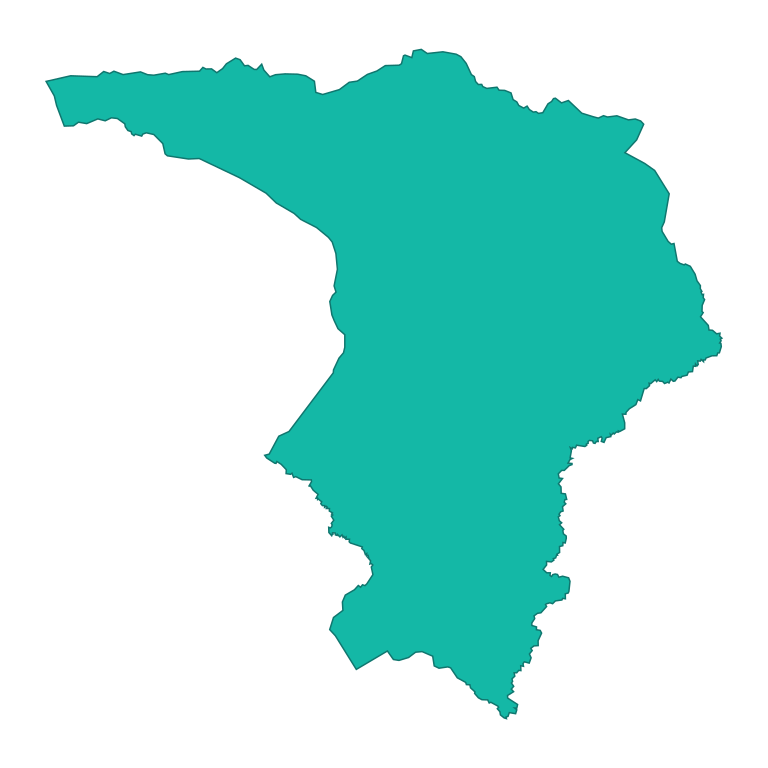 the district of Solwezi, North-Western, Zambia
{"feature_id": "96606910B85168359517007", "entity_name": "Solwezi", "entity_type": "district", "adm_level": 2, "iso_a3": "ZMB", "parent_name": "Zambia", "parent_adm1": "North-Western", "projection": "albers", "projection_center": [26.494, -12.304], "detail": "fine", "context": "isolated", "style": "filled", "palette": "teal", "viewbox_px": 768, "rotation_deg": 0, "n_neighbors": 0, "source": "geoboundaries", "source_scale": "gbopen_adm2", "svg_char_len": 6053}
<svg xmlns="http://www.w3.org/2000/svg" viewBox="0 0 768 768"><path d="M356.3,669.4L387.4,651.0L393.4,659.5L399.0,660.4L408.6,657.5L415.6,652.2L422.1,651.6L432.7,656.2L434.2,665.9L439.0,668.2L447.8,666.9L450.6,667.8L457.3,677.8L465.7,682.4L466.4,684.6L469.9,684.8L470.5,687.8L475.0,691.9L474.6,693.4L478.4,697.8L481.9,699.7L487.7,699.9L489.2,703.0L490.9,702.3L497.9,706.1L498.6,707.2L497.3,708.7L499.9,711.7L500.4,714.9L504.1,717.9L506.4,718.6L506.0,717.1L508.0,716.4L509.3,712.6L515.6,713.7L516.8,709.8L514.6,708.0L516.8,708.1L517.6,704.5L507.7,698.1L507.5,695.5L513.6,691.7L511.3,689.1L513.7,686.3L511.4,683.0L512.6,681.5L512.0,678.8L514.8,676.2L514.1,672.8L516.7,672.8L518.7,670.4L520.9,670.6L520.7,665.7L523.5,666.3L523.0,663.6L524.3,661.8L529.2,663.1L531.1,657.8L529.4,654.0L532.2,650.6L530.8,648.3L534.0,645.9L538.2,645.6L538.1,640.7L541.6,633.1L540.2,630.4L536.4,629.7L536.5,626.9L531.9,625.5L531.8,623.0L534.7,618.6L534.0,615.9L537.5,613.3L540.9,612.8L546.6,606.5L545.5,604.6L546.4,603.8L549.9,602.8L552.6,603.7L555.4,600.9L561.9,600.0L562.6,598.4L565.4,598.8L565.3,593.8L568.2,593.0L568.9,591.4L570.0,581.3L568.6,577.8L562.6,576.2L558.9,577.2L557.5,574.5L555.2,574.0L552.8,574.6L551.6,576.5L550.0,575.5L550.3,572.8L546.7,572.8L543.1,569.4L546.6,565.0L546.5,561.4L551.4,561.9L553.9,560.1L553.3,558.6L555.7,557.9L556.5,555.2L557.5,555.2L557.0,554.1L559.6,552.5L559.5,546.5L562.8,545.7L563.0,542.5L565.2,543.0L566.3,538.3L566.2,536.0L563.4,533.8L562.8,530.5L563.8,529.3L559.5,524.7L561.7,522.8L559.3,520.7L558.3,516.8L560.0,515.7L559.0,514.2L560.7,511.8L563.1,511.0L562.5,506.7L565.8,503.8L564.2,502.2L564.9,499.6L566.7,499.4L565.4,493.9L561.2,493.3L561.0,486.9L558.4,483.8L562.5,478.5L559.1,478.0L558.3,473.8L561.7,470.4L564.3,470.4L569.2,465.6L572.0,464.6L572.0,463.5L568.0,463.1L570.0,459.6L572.4,458.4L570.1,457.9L571.4,450.7L570.3,447.6L572.2,448.8L572.5,447.4L575.4,447.9L576.6,445.2L584.9,446.5L586.7,445.3L586.3,444.2L588.2,443.2L588.0,441.6L589.4,440.4L592.6,440.8L593.4,443.0L595.0,443.4L596.4,441.5L598.2,441.5L597.8,438.3L601.2,436.7L602.1,438.2L601.3,441.4L604.0,442.4L606.2,437.6L610.8,436.6L610.4,434.4L611.2,435.2L613.2,433.1L614.2,434.0L616.5,431.9L618.1,432.2L618.3,430.9L619.5,431.6L624.7,428.8L624.7,422.8L622.4,414.1L625.9,414.2L626.0,412.4L629.4,408.7L635.9,404.6L637.8,399.6L640.5,400.9L644.2,388.5L646.3,388.6L649.5,385.7L649.1,383.2L650.6,383.7L655.2,379.8L656.7,381.6L658.2,379.4L659.3,381.1L662.6,381.4L664.5,383.5L667.8,382.2L669.0,383.0L670.9,379.1L673.3,381.3L675.0,381.0L677.9,377.2L681.0,377.7L681.9,376.4L687.1,375.2L688.4,372.0L692.5,371.6L693.3,366.1L695.3,366.3L695.5,364.0L696.9,366.0L698.2,364.5L697.7,360.9L700.4,361.1L701.1,359.4L703.5,361.6L703.4,360.0L705.3,359.9L706.0,358.0L712.0,355.8L716.8,355.7L717.7,353.0L719.4,352.8L721.3,346.6L720.9,343.4L719.6,343.0L721.1,340.8L720.3,339.1L721.9,338.2L719.6,336.1L720.0,333.2L716.6,333.8L712.5,330.3L709.0,330.0L708.3,325.4L700.5,316.8L703.2,312.6L702.0,311.5L702.2,305.4L704.6,299.6L703.2,297.7L703.5,294.4L702.3,294.8L701.0,292.0L701.9,291.4L700.3,288.7L700.4,285.6L697.0,280.8L695.1,274.2L690.3,266.3L685.3,264.0L684.2,264.9L680.0,263.4L677.3,261.3L674.0,243.5L671.3,244.2L668.1,241.4L662.1,231.4L661.7,227.7L664.3,221.9L669.2,193.8L654.7,170.5L644.8,163.5L624.9,152.7L636.7,139.8L643.7,124.2L640.7,121.0L635.3,119.0L628.5,119.9L616.9,115.8L607.5,117.0L603.5,115.7L598.3,118.1L593.1,116.7L581.8,113.2L568.4,100.5L561.5,102.9L555.4,98.2L553.5,98.6L551.6,101.5L548.0,103.8L542.8,112.7L538.5,113.4L536.0,111.7L533.3,112.1L529.3,109.5L527.1,106.1L523.7,108.1L518.8,105.5L516.8,101.9L513.1,99.6L511.0,92.9L504.7,90.4L499.1,90.2L497.0,87.2L486.8,88.4L482.8,86.6L481.7,84.4L478.3,84.5L475.6,81.5L474.3,76.6L471.4,74.6L466.2,63.4L460.9,56.7L456.2,54.2L442.9,51.8L427.3,53.5L421.3,49.4L413.4,50.9L411.8,57.6L405.0,55.1L403.5,55.8L401.5,63.7L399.2,65.2L385.3,65.6L376.9,71.0L367.4,74.4L357.3,81.1L349.2,82.3L339.4,89.6L322.7,94.5L315.8,92.4L314.4,81.2L305.8,75.8L297.7,74.2L285.1,73.9L275.5,74.7L269.8,76.8L263.9,70.1L261.7,64.2L256.7,69.5L254.1,69.4L248.1,65.4L244.5,65.8L240.1,59.7L235.6,58.1L226.4,63.8L222.6,68.6L216.8,72.7L211.6,68.9L206.0,69.0L202.9,67.4L199.5,71.2L182.4,71.6L168.7,74.6L165.3,73.2L153.8,75.2L147.6,74.7L140.5,71.9L123.1,74.6L113.9,71.2L109.7,73.5L103.7,71.5L97.1,76.7L70.6,75.8L46.1,81.4L54.3,95.9L56.6,105.5L64.3,126.1L73.5,125.8L78.5,122.2L86.7,123.6L97.8,118.9L105.2,120.8L111.4,117.8L117.4,118.5L124.8,123.8L125.3,126.8L127.9,130.5L131.1,131.6L131.7,133.9L134.0,135.6L135.3,134.2L141.7,136.1L142.8,134.1L146.3,132.8L153.8,134.5L162.8,143.6L165.1,153.8L167.4,155.8L188.4,159.0L199.2,158.5L239.3,177.6L266.1,193.2L276.3,203.0L294.1,213.4L300.7,219.4L316.5,227.5L328.4,237.3L332.2,242.0L335.9,253.5L337.4,269.3L334.1,285.9L336.0,292.1L332.6,295.4L329.8,301.5L331.9,314.9L334.1,320.4L338.0,328.7L344.8,334.7L344.8,347.2L343.5,352.8L339.0,358.1L333.5,369.9L333.3,372.8L289.0,431.5L278.8,436.2L269.2,454.1L264.7,455.3L266.7,458.0L274.7,463.2L276.0,463.4L276.9,461.5L281.2,464.3L286.3,469.7L286.1,473.6L290.6,474.3L292.0,473.2L293.6,477.4L295.8,476.6L302.1,479.7L311.3,479.9L311.5,481.7L308.7,486.5L310.2,485.5L313.3,490.3L318.1,494.3L316.1,498.2L317.5,498.0L317.6,499.5L318.3,499.0L321.7,501.8L320.8,503.7L322.4,505.6L324.7,505.6L324.6,507.3L326.3,506.3L327.3,507.2L326.4,508.5L329.5,508.6L329.3,511.0L332.5,512.9L331.6,514.2L332.7,515.0L331.3,516.1L333.8,520.2L331.3,523.4L332.2,524.8L331.6,526.9L330.4,527.9L328.7,527.3L328.9,532.6L331.7,535.7L332.3,534.0L333.0,534.9L332.6,532.8L335.1,532.9L335.4,534.9L337.0,535.4L337.3,534.3L339.9,536.9L342.0,534.9L343.0,537.3L343.8,536.4L344.7,538.0L346.0,537.0L345.9,539.3L349.5,539.2L349.2,541.8L350.4,543.0L362.3,546.9L361.8,548.6L364.0,550.5L365.4,554.6L366.7,553.6L366.6,555.7L368.1,555.4L368.6,557.5L367.7,557.4L370.6,560.8L369.9,564.0L371.2,563.5L372.8,565.0L371.3,567.0L372.9,574.6L366.8,583.9L365.0,585.6L362.5,584.8L360.6,587.2L358.3,585.5L354.4,589.8L345.3,595.1L342.4,602.0L342.9,610.4L333.5,617.5L329.7,629.6L335.4,635.8L356.3,669.4Z" fill="#14b8a6" stroke="#0f766e" stroke-width="1.5"/></svg>